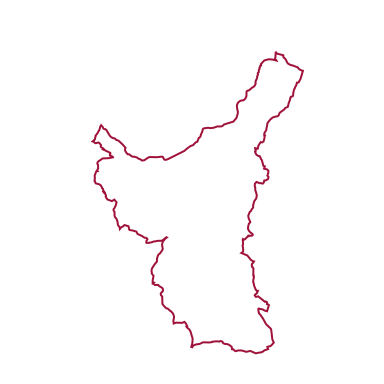 Valisoara, Hunedoara, Romania, rotated 10°
{"feature_id": "2599482B24491913052778", "entity_name": "Valisoara", "entity_type": "district", "adm_level": 2, "iso_a3": "ROU", "parent_name": "Romania", "parent_adm1": "Hunedoara", "projection": "mercator", "projection_center": [22.814, 46.034], "detail": "fine", "context": "isolated", "style": "outline", "palette": "rose", "viewbox_px": 384, "rotation_deg": 10, "n_neighbors": 0, "source": "geoboundaries", "source_scale": "gbopen_adm2", "svg_char_len": 6038}
<svg xmlns="http://www.w3.org/2000/svg" viewBox="0 0 384 384"><g transform="rotate(10 192 192)"><path d="M169.3,290.0L169.4,287.9L169.9,287.9L169.7,288.1L170.2,289.1L171.5,290.0L174.8,289.4L176.2,290.4L179.2,291.6L180.2,292.6L180.5,294.0L180.4,295.0L179.1,296.7L178.8,297.5L179.4,299.0L180.8,300.1L182.3,307.3L183.8,308.8L186.3,310.7L187.1,311.0L188.3,311.0L191.2,312.9L192.0,313.1L194.5,315.1L195.9,317.7L196.1,319.4L196.0,321.9L196.8,324.7L199.1,323.4L205.0,322.6L207.1,321.2L208.4,322.2L210.6,324.9L209.9,325.5L210.6,326.3L213.2,327.8L214.8,329.7L218.1,336.4L218.6,340.8L218.2,344.7L219.2,344.8L219.3,344.0L220.6,342.5L222.7,341.3L225.9,340.3L229.0,338.1L235.1,337.2L237.6,336.4L237.6,336.2L238.0,335.9L241.9,334.8L245.1,334.5L245.7,333.9L246.4,333.8L248.0,334.1L248.8,335.4L250.4,335.9L253.3,335.7L254.9,336.0L257.7,337.4L258.1,337.8L258.7,339.9L260.1,339.8L261.3,340.7L262.5,341.2L264.8,340.1L267.1,339.6L269.4,339.5L273.2,340.0L276.9,338.4L282.9,339.8L285.7,338.6L288.1,337.9L288.9,337.1L289.8,336.7L290.2,336.0L291.1,335.2L294.2,333.5L293.1,331.4L296.0,330.1L296.8,329.2L298.7,326.1L296.7,323.2L293.9,313.8L293.3,312.9L287.9,309.3L284.3,304.8L280.5,300.9L279.5,300.3L278.6,299.0L277.6,295.7L278.0,295.2L282.2,295.4L284.2,296.2L286.6,296.4L287.4,290.1L287.1,289.7L285.3,289.4L285.2,288.0L284.8,287.4L283.5,287.0L282.9,287.5L275.3,283.3L273.1,284.2L271.7,282.9L272.0,282.0L273.1,280.9L273.7,279.8L273.5,279.6L274.0,277.9L272.9,278.0L271.8,277.2L269.4,273.4L268.6,271.1L267.9,270.1L267.6,267.6L267.8,265.8L267.6,264.2L267.2,263.3L266.8,263.4L265.8,256.7L264.3,255.1L264.0,255.1L263.5,253.4L263.7,252.2L264.6,250.9L265.1,249.6L263.8,249.5L261.9,248.7L257.5,244.9L251.2,243.5L252.4,242.3L252.7,241.2L252.0,238.3L251.1,236.1L251.4,234.6L250.2,230.1L250.4,229.4L251.5,230.0L252.8,228.8L253.6,227.4L254.6,226.5L255.0,225.2L256.0,225.4L256.1,225.0L258.5,224.7L259.3,223.8L258.9,222.9L256.1,221.4L254.8,220.3L253.5,218.5L253.3,215.9L253.5,213.8L253.5,213.3L254.6,211.8L254.6,211.4L252.4,208.1L251.5,205.7L252.3,201.7L253.5,200.3L253.7,198.9L254.8,197.0L254.9,196.3L254.5,194.5L254.8,191.0L255.1,189.8L256.3,187.4L256.4,185.5L256.4,184.0L254.8,180.5L254.0,179.3L253.5,176.6L252.6,174.8L252.6,172.8L253.8,170.9L257.2,171.6L258.2,171.3L260.2,171.5L261.0,170.3L261.2,168.1L262.7,167.7L264.5,166.2L264.8,164.4L264.6,163.7L263.4,162.8L263.8,159.6L263.5,157.8L261.9,156.7L258.9,156.5L259.3,154.1L257.8,153.9L255.3,148.6L254.2,147.5L253.6,146.4L252.4,144.9L251.4,145.1L249.1,144.2L247.5,142.3L247.2,141.5L247.6,141.4L247.5,139.8L247.2,139.8L246.6,137.8L249.2,138.0L249.3,137.7L249.3,135.0L250.6,131.6L251.1,130.9L252.3,131.1L253.7,129.8L254.0,126.4L253.7,124.2L253.9,124.0L253.7,123.9L253.8,123.4L253.1,123.1L253.1,122.2L253.2,120.9L254.3,118.5L254.4,111.2L254.6,110.4L256.5,107.1L258.4,104.7L261.2,103.2L263.0,102.6L263.8,101.8L264.1,101.3L264.3,100.0L264.7,98.6L268.4,94.8L269.3,93.0L271.6,91.5L271.8,87.7L272.5,84.3L272.4,82.9L272.7,82.2L272.6,81.7L272.8,81.1L274.1,80.5L274.8,79.7L274.5,76.0L274.8,73.1L275.2,72.2L275.3,71.0L276.2,68.7L276.3,66.1L277.9,65.6L279.2,61.9L280.2,53.4L278.9,53.3L276.4,52.5L275.3,51.8L274.7,51.0L269.3,49.9L266.9,49.8L264.1,48.8L262.6,47.1L261.5,45.4L259.9,44.1L258.8,43.6L258.5,43.1L258.2,41.5L252.1,41.0L250.8,40.4L250.1,39.2L250.8,45.1L250.5,46.6L251.1,47.2L252.0,47.4L252.4,47.9L248.4,47.6L244.6,47.9L240.7,49.7L240.0,50.4L237.7,54.0L238.1,55.0L237.3,55.7L237.3,56.0L237.6,56.4L236.8,57.9L237.2,59.0L236.6,60.3L236.9,62.5L236.1,63.6L236.6,65.0L236.1,66.6L236.3,67.7L236.0,70.2L235.5,71.0L235.5,73.3L235.9,74.2L235.2,76.7L234.1,78.0L232.8,79.1L230.4,82.1L228.8,82.7L228.4,83.4L228.4,85.0L229.0,88.0L228.2,91.0L227.7,91.6L226.8,92.7L224.3,93.5L222.8,94.7L221.7,96.3L221.2,98.4L221.3,99.8L222.5,103.4L223.3,105.0L223.4,107.4L222.9,111.4L220.5,115.5L211.9,119.9L210.7,121.5L209.6,122.3L205.4,123.1L202.1,125.0L198.7,126.0L196.8,125.9L192.5,127.3L191.7,128.2L191.7,130.5L190.8,133.9L190.8,135.3L190.1,137.0L189.3,137.5L188.5,141.6L187.4,142.2L186.3,143.4L185.0,145.6L182.4,147.1L179.1,150.6L177.4,152.8L162.2,164.1L160.1,165.0L159.0,164.8L157.1,162.5L156.2,162.4L151.5,163.8L145.0,164.8L144.1,165.0L142.8,165.8L139.5,169.0L137.4,169.7L135.5,168.8L133.6,168.5L131.6,167.5L129.1,167.3L127.4,167.5L126.5,167.3L123.4,165.8L122.1,166.0L120.6,164.8L118.9,162.8L118.6,161.0L118.9,160.1L115.2,157.1L110.9,154.3L108.3,153.8L106.6,152.6L105.3,152.7L103.1,152.1L101.2,150.8L96.8,145.7L95.8,145.2L94.8,145.3L93.7,144.9L92.8,143.5L90.9,142.0L90.3,143.6L90.0,147.1L89.6,147.8L88.8,150.3L87.2,153.5L87.5,154.4L87.2,155.1L87.2,157.2L85.3,159.5L86.8,159.7L87.7,160.5L88.7,160.7L91.1,159.5L92.0,159.7L94.0,161.3L94.2,161.6L94.3,163.3L94.8,163.7L97.3,164.6L97.4,165.0L96.9,165.5L97.7,165.8L98.4,165.6L99.4,166.2L104.6,167.6L104.9,167.9L105.0,168.5L104.6,169.1L104.8,170.3L107.6,170.9L108.1,171.6L103.9,173.2L98.3,174.4L94.2,178.4L93.8,179.6L93.9,180.7L94.8,181.6L95.5,185.4L94.9,186.4L95.0,187.3L95.4,187.8L94.6,187.9L94.1,188.4L93.3,192.8L93.9,195.1L94.1,198.1L94.6,198.3L95.2,199.6L95.7,200.2L99.2,200.5L101.0,201.3L102.3,202.8L102.7,203.8L103.7,204.3L104.5,206.0L104.3,206.8L105.3,206.9L105.3,207.8L106.4,207.8L106.5,208.8L107.2,209.3L107.9,210.4L108.0,211.0L107.8,211.6L109.9,214.0L114.7,214.9L116.8,213.0L119.4,215.2L119.5,215.6L119.2,218.5L118.4,221.4L117.8,222.4L117.9,223.7L119.2,225.1L119.7,228.2L120.3,229.8L122.5,231.8L123.0,232.8L123.6,233.6L124.7,237.2L127.0,239.6L127.4,240.9L128.4,239.0L129.8,238.1L131.2,236.3L135.2,236.7L135.9,237.7L136.4,239.4L136.9,240.1L137.4,240.3L139.8,240.2L143.8,240.6L144.2,240.7L145.4,242.5L146.3,243.0L150.1,243.9L153.1,245.2L154.7,245.2L155.9,245.6L156.3,246.3L155.6,248.2L155.7,249.4L156.0,250.0L158.6,249.5L161.7,248.2L163.0,247.3L164.2,247.1L166.5,246.1L170.5,245.3L171.6,244.5L174.6,241.0L175.1,241.1L173.6,242.8L171.9,245.9L171.7,247.3L171.7,249.3L173.0,253.0L173.0,254.0L171.0,258.3L169.9,259.3L169.4,261.0L169.1,263.6L169.5,266.6L167.9,269.4L166.5,272.6L165.8,274.7L165.8,276.5L166.7,279.4L168.7,281.3L168.6,285.6L169.3,290.0Z" fill="none" stroke="#9f1239" stroke-width="2"/></g></svg>